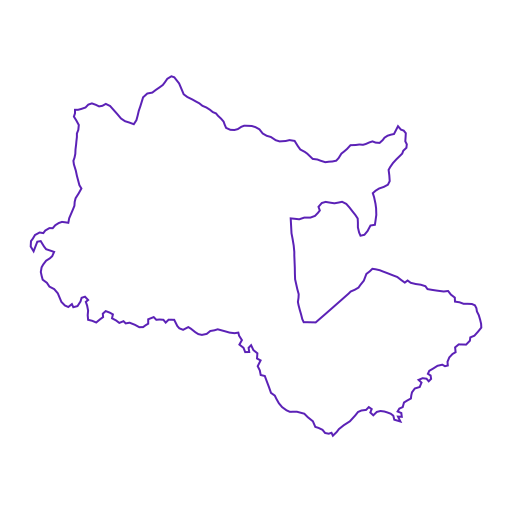 the district of Mogi Guaçu, São Paulo, Brazil
{"feature_id": "56859067B6849718148142", "entity_name": "Mogi Guaçu", "entity_type": "district", "adm_level": 2, "iso_a3": "BRA", "parent_name": "Brazil", "parent_adm1": "São Paulo", "projection": "mercator", "projection_center": [-47.009, -22.234], "detail": "fine", "context": "isolated", "style": "outline", "palette": "violet", "viewbox_px": 512, "rotation_deg": 0, "n_neighbors": 0, "source": "geoboundaries", "source_scale": "gbopen_adm2", "svg_char_len": 5127}
<svg xmlns="http://www.w3.org/2000/svg" viewBox="0 0 512 512"><path d="M75.0,109.8L75.0,113.3L73.9,116.6L76.4,120.6L78.8,125.0L78.3,129.9L76.9,133.5L76.9,137.0L76.4,141.3L76.1,144.5L75.5,149.4L75.3,153.9L74.5,157.7L73.4,160.8L73.9,164.4L75.8,170.6L76.9,175.8L78.1,180.3L79.4,185.2L81.4,188.5L78.6,193.5L75.6,198.2L74.7,201.8L74.4,205.8L73.0,209.3L69.2,218.2L68.3,222.8L65.2,222.3L62.0,221.9L58.8,223.0L55.3,225.2L52.7,228.2L49.4,228.1L45.3,230.5L43.3,233.1L39.6,232.5L35.0,235.0L32.8,238.7L31.0,241.1L30.7,246.5L33.6,251.3L37.3,241.7L40.7,241.1L44.0,246.5L46.1,249.2L51.2,250.9L54.1,251.9L52.2,256.2L49.9,258.3L46.1,260.7L43.2,264.5L41.6,267.3L40.8,272.0L41.7,276.1L42.7,279.7L46.9,282.8L49.4,286.6L54.2,289.1L57.8,293.3L61.4,301.9L64.9,305.5L68.3,307.0L71.9,304.1L73.3,307.2L77.5,306.1L80.5,301.5L81.6,297.8L85.0,296.7L88.1,300.0L85.8,301.9L87.1,305.5L88.1,310.6L87.7,315.2L88.1,319.8L92.2,320.8L96.2,322.5L100.3,319.1L103.1,317.1L102.8,313.7L105.7,311.1L109.7,312.6L112.9,314.4L112.0,318.3L116.0,320.4L119.3,322.9L123.5,321.2L125.7,323.4L129.6,322.7L134.9,324.8L139.3,327.2L143.1,327.1L145.7,325.2L148.2,323.7L148.2,319.3L153.7,317.1L156.3,319.8L159.5,319.5L163.4,319.8L165.7,322.6L168.6,319.7L174.2,319.8L177.3,326.0L179.3,328.3L183.1,329.8L188.3,327.1L190.9,328.7L195.3,332.2L198.3,334.1L201.9,334.9L206.7,333.9L210.3,331.0L214.4,330.3L217.7,329.3L224.7,331.2L229.6,332.6L234.6,333.2L238.3,332.6L239.1,335.7L241.9,340.1L239.4,344.6L243.5,347.8L245.2,352.1L249.2,352.0L248.6,347.8L251.1,345.2L253.4,350.1L257.4,353.3L257.0,358.5L260.6,360.4L257.7,366.2L259.8,370.4L260.7,375.0L264.8,376.0L266.7,381.1L269.0,387.2L271.0,392.9L274.8,395.6L276.3,398.7L278.9,403.3L282.1,407.1L286.5,410.3L289.8,411.8L296.8,411.7L304.3,413.7L307.8,417.2L312.9,421.3L315.3,426.9L318.5,427.9L322.5,429.8L325.1,433.0L328.7,433.7L331.5,432.8L332.9,435.7L336.7,432.0L338.9,429.1L343.8,425.2L349.9,421.3L355.2,415.5L358.0,412.0L361.4,410.5L366.1,409.9L368.8,407.1L371.7,409.1L370.3,412.5L373.3,415.3L376.8,411.9L380.5,411.0L384.3,411.5L387.2,412.4L390.7,413.7L393.3,415.7L394.3,419.7L400.4,421.5L398.0,416.6L401.8,416.8L401.3,413.0L397.6,411.5L399.3,408.6L402.7,407.1L404.0,402.5L407.4,400.4L410.9,398.5L411.3,395.3L412.0,392.3L414.8,388.5L419.7,387.0L421.5,382.6L418.6,379.9L422.6,378.2L426.5,378.7L428.7,381.3L431.1,378.9L430.6,375.5L427.9,373.8L429.3,370.8L433.1,368.6L437.5,365.8L442.3,364.7L445.0,366.2L447.8,365.5L447.5,361.8L449.3,357.4L452.5,354.0L455.6,352.2L455.1,347.4L458.7,344.4L466.1,344.6L469.9,340.7L470.3,337.4L474.4,335.7L478.0,331.7L481.3,327.6L481.1,323.8L480.1,319.6L478.8,315.2L476.9,311.4L476.4,308.2L474.9,305.3L471.9,304.0L467.7,303.8L463.6,303.8L459.6,302.3L455.0,301.6L454.8,297.6L450.9,294.6L448.1,291.0L443.7,291.5L436.8,290.6L432.2,289.9L427.5,289.1L425.4,286.2L420.7,284.7L415.6,284.0L410.7,282.8L407.6,280.5L404.8,282.6L401.3,280.1L397.3,277.0L392.8,275.3L388.0,273.4L382.7,271.4L379.7,270.2L375.7,269.3L372.4,268.8L369.7,271.4L366.4,273.9L363.8,280.7L360.4,284.9L358.5,287.6L354.7,289.8L350.7,291.5L348.6,293.6L336.8,304.0L326.2,313.3L315.7,322.4L307.0,322.2L303.7,322.2L302.3,319.2L301.0,314.1L299.8,310.0L298.5,305.0L297.9,301.9L298.5,297.9L298.7,294.2L297.3,289.1L295.1,279.3L294.9,273.7L294.8,267.6L294.5,260.2L294.3,255.5L294.3,251.9L293.7,245.6L292.6,239.0L291.5,233.3L290.7,218.4L294.9,218.8L299.2,219.3L304.3,217.6L310.4,217.6L315.0,215.9L317.9,212.9L319.8,210.5L318.5,206.8L321.8,203.0L325.6,201.9L329.8,202.6L334.4,203.3L338.3,202.6L342.1,201.8L346.3,203.9L349.4,207.4L352.5,211.4L355.3,214.9L357.7,218.5L357.9,222.7L357.9,227.4L359.1,232.5L360.5,235.7L364.4,234.8L367.5,231.1L370.5,225.5L374.9,224.8L375.6,220.0L376.3,214.9L376.1,208.4L375.5,203.8L374.1,197.2L372.8,193.2L375.6,190.7L379.1,188.5L383.8,186.9L387.9,184.7L389.7,181.1L389.3,175.3L388.6,169.9L390.2,167.0L393.0,163.0L396.4,159.3L399.8,156.0L402.2,153.6L403.3,150.7L406.4,147.8L406.8,144.3L405.3,141.3L405.6,136.9L405.8,133.2L403.7,130.6L400.9,129.6L398.0,126.2L395.8,130.5L394.0,134.0L390.8,134.7L387.6,135.7L384.5,137.7L382.7,140.1L379.6,142.9L375.6,142.6L372.5,141.4L369.4,142.4L365.8,144.0L363.0,144.8L359.4,144.5L355.7,145.0L350.5,145.2L347.0,149.0L344.2,151.4L341.4,153.6L338.6,158.1L336.2,160.7L332.3,161.5L329.0,161.7L325.3,162.2L320.5,160.7L317.4,159.5L312.7,158.9L310.0,156.3L307.3,153.7L304.8,151.9L300.3,149.5L297.9,146.2L294.6,140.9L289.5,140.1L285.7,141.0L279.6,141.4L275.7,140.2L270.9,137.0L266.7,135.8L262.7,133.5L259.4,129.3L255.4,127.1L251.8,126.0L247.8,125.8L244.2,125.7L241.3,126.8L237.8,129.1L234.4,130.0L230.3,129.8L226.1,127.9L224.7,124.7L223.6,121.6L221.1,118.7L218.0,115.8L216.0,113.4L212.8,112.1L210.0,109.8L206.4,107.5L202.4,105.8L199.3,103.3L196.1,101.6L192.4,99.5L187.3,97.0L183.7,94.3L181.1,88.1L179.1,83.4L176.5,80.1L174.3,77.3L171.4,76.3L167.3,78.8L164.8,82.4L162.8,85.0L159.5,87.4L155.7,90.0L152.3,92.6L147.3,93.5L143.1,97.3L140.3,106.4L138.8,110.7L137.6,115.8L136.4,120.2L133.8,124.2L129.2,122.5L125.0,121.2L121.0,118.5L117.3,114.1L110.1,106.0L105.8,103.9L102.4,105.8L99.1,106.4L95.8,104.8L91.9,103.4L88.3,104.6L85.5,107.5L81.1,109.0L78.0,109.8L75.0,109.8Z" fill="none" stroke="#5b21b6" stroke-width="2"/></svg>